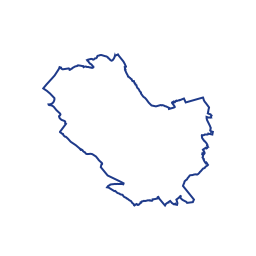 outline of Butoiesti, Mehedinti, Romania, rotated 210°
{"feature_id": "2599482B50012725425393", "entity_name": "Butoiesti", "entity_type": "district", "adm_level": 2, "iso_a3": "ROU", "parent_name": "Romania", "parent_adm1": "Mehedinti", "projection": "equal_earth", "projection_center": [23.382, 44.564], "detail": "fine", "context": "isolated", "style": "outline", "palette": "blue", "viewbox_px": 256, "rotation_deg": 210, "n_neighbors": 0, "source": "geoboundaries", "source_scale": "gbopen_adm2", "svg_char_len": 5733}
<svg xmlns="http://www.w3.org/2000/svg" viewBox="0 0 256 256"><g transform="rotate(210 128 128)"><path d="M173.5,186.7L174.1,185.6L174.4,185.5L175.2,184.2L175.2,183.6L175.4,183.8L175.1,182.6L175.0,181.6L175.1,179.6L175.3,178.9L175.8,178.1L176.2,178.0L178.0,178.2L179.0,178.7L179.9,178.6L180.7,179.1L181.8,179.2L182.8,179.1L183.6,178.8L187.1,178.0L187.5,177.9L188.6,177.2L189.4,176.2L190.3,175.4L190.5,174.7L190.2,173.8L190.3,172.9L190.7,172.2L191.3,171.8L191.5,171.6L191.8,170.4L192.1,170.0L192.6,169.7L193.6,169.8L194.5,169.4L197.0,167.0L197.4,166.4L196.8,166.2L196.7,166.0L195.7,165.9L195.1,165.5L194.4,165.2L194.0,165.1L193.1,164.7L192.3,164.8L191.0,164.6L190.0,164.1L189.2,163.9L188.8,163.7L187.9,164.0L188.3,163.6L188.3,163.2L188.9,162.3L189.9,161.8L190.9,161.6L191.8,161.2L193.0,161.0L194.0,160.3L195.2,160.2L196.3,159.4L196.9,158.5L197.2,158.7L197.3,158.9L197.4,159.1L197.8,159.2L198.5,158.8L200.1,158.3L202.6,157.3L202.9,156.9L202.8,156.6L203.0,156.3L204.5,154.9L204.9,154.3L205.5,153.2L206.1,152.3L206.1,151.9L206.2,151.5L206.7,150.8L207.1,149.9L207.5,149.2L207.8,149.2L208.1,149.7L209.1,150.0L213.6,146.4L214.1,146.1L215.3,146.1L215.8,146.2L216.1,146.4L216.2,146.8L217.7,146.5L217.4,144.8L217.4,144.2L217.8,136.8L218.9,131.5L219.0,131.2L219.6,128.3L220.3,125.2L221.2,120.0L221.2,119.9L216.7,119.6L214.7,119.2L212.9,118.9L206.7,117.1L206.0,116.0L205.7,115.0L205.5,113.6L205.6,112.6L205.8,111.8L206.2,110.9L206.9,110.0L207.9,109.1L208.6,108.7L208.4,108.5L208.0,108.4L207.5,108.5L206.3,109.1L205.4,109.3L204.2,109.4L202.8,109.2L199.0,107.7L195.6,106.9L194.9,106.8L193.8,106.4L193.3,106.0L193.2,105.5L193.3,104.6L193.6,104.1L193.6,103.7L193.4,103.4L192.0,102.3L189.7,101.8L186.7,102.3L186.1,102.3L185.6,102.1L185.2,101.6L184.9,100.8L183.8,100.6L184.9,91.5L185.0,90.7L184.9,90.5L184.1,90.3L183.2,90.3L182.2,90.1L181.5,90.3L181.4,90.0L180.4,89.7L179.9,89.3L178.2,89.0L177.5,89.3L176.7,89.2L174.6,88.7L171.3,87.6L170.5,87.4L164.6,87.0L159.6,86.1L158.4,86.1L158.7,85.7L157.9,85.4L157.4,85.8L156.2,86.0L155.4,85.5L154.1,85.3L153.1,85.4L151.9,84.8L151.0,84.8L150.2,85.1L148.8,86.0L147.8,86.8L146.3,87.4L145.7,87.5L141.5,87.3L138.1,86.0L137.6,85.7L135.8,85.2L133.2,84.7L132.5,84.1L132.4,83.8L132.4,83.6L132.8,83.2L132.0,80.5L121.9,76.7L108.6,77.7L104.2,77.9L104.1,77.6L104.1,77.1L103.1,77.1L104.3,76.8L105.3,76.4L108.9,74.4L109.3,74.3L109.8,73.8L110.3,73.6L110.6,73.3L111.3,73.1L112.1,72.4L114.6,70.6L115.1,70.1L115.3,69.3L116.0,68.3L116.3,67.6L116.4,66.2L115.0,66.7L108.3,66.5L107.6,67.1L105.0,66.5L104.4,66.5L102.5,66.9L101.8,66.7L100.6,66.9L99.8,67.3L99.3,67.4L97.9,66.7L96.9,66.4L94.5,66.6L94.0,66.3L93.7,66.3L93.1,66.5L90.6,66.1L88.8,66.2L86.8,65.2L85.1,65.0L84.8,64.7L84.3,64.5L84.2,64.2L83.7,64.1L82.7,66.4L81.6,66.5L81.3,66.4L81.3,66.2L81.1,66.2L80.4,66.8L80.0,68.3L79.4,69.7L79.7,69.8L79.9,70.0L79.6,70.5L79.4,70.9L79.4,71.2L78.3,72.2L77.8,72.9L76.8,73.2L75.4,74.5L74.9,75.1L74.6,75.2L73.4,76.1L73.0,76.0L72.5,76.5L71.6,76.5L70.7,77.2L70.7,78.0L71.0,78.5L69.3,79.8L66.9,82.0L67.7,82.7L67.7,83.0L67.3,83.5L65.5,82.4L59.5,80.2L57.2,79.4L57.2,81.3L56.3,83.3L55.6,83.7L55.7,84.5L55.0,85.9L52.4,85.0L49.9,84.9L49.3,86.0L48.8,85.6L48.1,85.6L47.1,86.0L47.6,87.6L48.8,88.8L50.3,90.2L49.2,92.8L48.6,95.3L48.2,95.3L48.2,94.6L47.6,93.7L45.9,93.2L44.7,93.0L40.5,93.2L39.4,92.7L34.8,96.2L35.1,99.0L51.4,105.3L51.7,106.9L51.9,108.7L52.2,109.6L52.3,110.2L51.6,112.3L51.2,112.9L51.3,114.2L50.9,116.4L50.8,117.7L50.6,118.0L50.1,118.5L48.6,119.5L47.4,120.9L46.7,121.3L46.0,121.9L45.3,122.0L44.7,122.4L44.3,123.1L43.8,124.8L43.7,126.1L43.4,126.7L42.8,130.0L42.6,130.6L41.9,131.3L41.6,131.8L41.5,133.2L40.4,135.4L40.3,136.0L41.0,136.2L41.4,136.4L41.7,136.9L41.9,137.0L42.5,136.9L42.8,136.3L43.2,136.5L43.4,137.1L43.9,136.7L45.1,137.3L46.9,138.5L46.8,139.0L48.7,139.7L48.9,140.9L49.3,142.1L49.5,142.0L50.0,142.1L50.6,142.3L50.9,143.4L50.3,143.5L48.3,144.0L49.2,144.2L49.2,144.6L49.7,144.8L49.6,145.0L50.2,145.4L50.3,145.5L50.2,145.6L50.3,145.7L50.6,145.9L50.9,145.8L52.3,146.7L50.8,149.7L50.2,149.5L50.0,149.8L49.7,149.7L49.4,150.4L49.5,151.4L49.3,151.6L50.7,152.2L50.8,152.3L50.6,152.9L51.8,153.7L53.2,154.4L53.8,154.5L55.1,155.0L55.6,154.9L56.2,155.1L56.9,155.7L57.4,155.7L58.9,156.5L60.4,158.5L60.4,158.8L59.7,159.0L58.9,159.6L58.4,160.3L58.2,160.8L56.0,162.0L55.6,162.5L55.7,163.3L55.1,163.4L51.7,164.5L52.6,167.1L53.7,166.8L54.0,166.3L54.2,166.7L55.5,166.9L55.7,167.1L55.8,167.9L56.2,168.7L56.3,169.4L56.9,169.8L58.1,170.8L59.9,172.0L63.5,174.4L64.7,175.6L65.5,176.9L63.4,177.3L62.8,177.8L61.9,178.1L61.7,178.5L61.3,178.7L61.6,179.0L61.9,180.0L61.9,180.6L62.7,180.7L63.4,181.1L64.4,180.8L66.2,180.6L66.4,181.4L66.7,181.9L66.8,182.5L67.4,184.0L68.0,186.2L68.2,186.4L72.8,188.4L74.9,189.2L76.2,190.0L78.0,191.7L78.3,191.9L90.8,179.0L94.3,181.5L97.2,177.8L97.4,177.9L99.2,175.8L99.8,175.9L100.1,175.4L100.2,174.8L100.6,174.3L100.3,173.8L100.4,173.5L101.1,173.2L101.3,172.9L101.5,172.9L101.9,173.4L102.6,172.2L102.5,171.8L98.8,170.2L98.0,169.6L98.3,168.9L98.9,168.2L102.0,165.0L102.3,165.4L102.3,166.0L106.1,165.7L106.7,165.4L107.9,165.4L109.0,165.2L109.8,164.9L110.2,164.4L111.0,164.3L111.3,164.1L114.6,160.7L118.9,159.3L122.7,160.3L126.3,161.9L128.4,162.6L130.1,162.7L131.0,163.0L134.1,164.4L134.4,165.1L134.6,165.3L136.0,165.6L138.4,167.1L139.9,167.4L141.1,168.2L142.1,169.3L143.4,169.3L143.8,169.7L144.0,170.2L144.6,170.1L144.9,170.2L145.0,170.3L145.9,171.0L146.2,171.5L146.4,171.6L147.1,171.0L147.6,170.9L148.1,171.1L149.3,172.1L150.3,172.0L151.0,172.4L152.1,172.4L153.3,172.8L153.7,172.6L154.7,173.5L156.7,174.7L159.6,176.8L159.6,177.1L159.3,177.2L159.4,177.4L160.2,177.6L160.4,178.1L161.3,179.2L160.4,180.1L160.5,180.3L161.5,180.8L162.6,181.7L165.2,183.3L171.9,185.9L173.5,186.7Z" fill="none" stroke="#1e3a8a" stroke-width="2"/></g></svg>